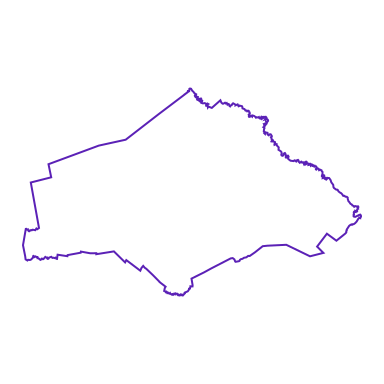 Tormac, Timis, Romania (Mercator projection)
{"feature_id": "2599482B36761723771512", "entity_name": "Tormac", "entity_type": "district", "adm_level": 2, "iso_a3": "ROU", "parent_name": "Romania", "parent_adm1": "Timis", "projection": "mercator", "projection_center": [21.482, 45.522], "detail": "fine", "context": "isolated", "style": "outline", "palette": "violet", "viewbox_px": 384, "rotation_deg": 0, "n_neighbors": 0, "source": "geoboundaries", "source_scale": "gbopen_adm2", "svg_char_len": 6037}
<svg xmlns="http://www.w3.org/2000/svg" viewBox="0 0 384 384"><path d="M323.4,252.9L317.1,246.6L326.9,233.7L336.4,240.7L345.0,233.8L346.0,232.8L346.4,232.0L346.2,231.2L346.8,230.3L346.7,229.6L349.2,225.8L350.7,224.7L351.9,224.8L352.2,224.2L352.8,224.4L353.8,224.1L355.1,223.2L356.6,221.6L358.4,218.6L359.1,218.0L360.2,218.2L360.2,217.8L361.0,216.7L360.9,215.4L360.2,214.6L358.8,215.1L358.6,215.7L357.8,215.6L355.4,216.8L354.1,216.7L353.6,216.2L353.8,215.7L353.5,215.0L354.0,214.4L353.8,213.0L354.0,212.7L353.8,212.2L354.0,211.8L355.2,212.0L355.0,211.2L355.1,210.8L356.5,211.6L357.0,211.5L357.2,211.2L356.9,210.2L357.1,209.8L357.3,209.6L357.3,209.3L358.1,208.8L357.6,207.8L358.4,207.0L358.2,206.6L358.0,206.3L357.0,206.5L355.4,206.1L354.2,206.8L353.7,205.9L352.4,205.5L351.9,204.6L350.5,203.8L349.1,201.8L348.5,201.3L347.7,198.8L347.7,197.6L346.8,196.8L345.4,196.7L344.4,195.8L343.4,195.9L342.9,195.6L342.6,194.8L341.2,193.2L340.3,192.8L338.5,191.4L337.7,189.9L337.1,189.6L336.3,189.7L334.0,188.0L333.5,187.2L333.2,184.8L331.3,182.3L330.6,180.1L329.2,178.1L327.0,177.8L326.8,178.0L326.8,179.1L326.2,179.6L325.8,179.2L325.4,177.9L325.2,177.7L324.7,177.7L324.3,178.4L323.6,177.6L322.7,178.0L322.8,177.2L323.8,176.7L324.3,176.0L324.2,175.4L323.4,175.1L322.7,175.3L322.4,176.2L321.9,176.2L321.9,175.5L322.5,174.0L322.5,171.9L321.7,171.1L321.5,170.3L320.2,169.7L319.1,170.2L318.7,168.9L318.1,168.5L317.2,168.5L316.4,169.6L315.9,169.4L315.8,169.1L316.2,168.7L316.7,167.3L315.8,166.2L314.3,166.7L314.1,166.4L314.2,165.7L312.8,165.9L312.8,164.9L312.0,164.5L310.8,165.7L310.5,164.9L310.6,164.0L310.1,163.7L308.9,164.9L308.4,165.0L308.5,163.8L308.0,163.4L307.0,163.5L306.0,164.2L305.9,163.6L306.7,162.2L306.6,161.8L306.1,161.6L304.9,162.4L304.5,164.3L304.2,164.6L304.0,164.2L304.0,162.9L303.7,162.3L302.2,162.7L301.7,161.8L301.3,161.6L299.8,162.8L298.9,161.9L298.5,160.4L298.0,159.9L296.9,160.3L296.5,161.5L296.3,161.6L294.8,160.3L294.2,160.5L293.7,161.1L290.5,160.7L288.3,159.0L288.0,158.2L288.6,156.7L288.1,155.7L287.5,155.7L287.0,156.0L286.8,157.6L285.8,157.5L285.7,157.1L286.0,155.5L285.3,153.5L284.9,153.0L284.3,153.2L283.6,154.2L283.6,155.0L283.2,155.5L282.3,155.8L281.5,155.3L281.3,154.6L281.7,153.2L281.4,152.0L280.7,151.2L278.5,149.8L278.7,147.4L276.8,145.4L276.6,144.1L275.7,144.2L274.5,144.8L274.4,144.2L275.1,142.7L275.0,142.1L273.5,141.6L273.1,140.6L272.6,140.8L272.0,141.5L271.5,141.4L272.1,140.2L272.2,139.6L271.6,139.2L271.4,138.0L270.9,137.2L271.8,136.6L271.8,136.0L270.8,134.4L270.0,134.2L268.7,135.3L267.6,134.4L266.9,134.7L267.7,133.9L267.5,132.8L265.5,132.4L265.2,132.7L265.0,133.9L264.2,133.1L264.8,132.3L264.6,131.7L263.8,131.4L264.0,129.4L264.5,128.1L263.4,127.2L264.3,126.5L264.2,125.5L264.9,125.8L265.7,124.7L264.3,123.8L264.7,123.6L266.0,123.8L266.7,123.5L266.7,122.8L266.2,122.1L266.0,121.3L267.4,121.8L268.1,120.8L268.0,120.1L267.3,119.2L266.4,118.9L265.5,119.2L266.5,118.1L266.5,117.6L265.8,116.8L265.1,116.8L264.1,117.7L263.7,116.9L263.2,116.9L262.5,118.4L261.8,118.9L261.7,118.6L262.0,117.0L261.4,116.7L260.1,118.6L259.3,118.1L258.9,117.0L257.9,117.5L256.7,117.2L256.0,117.7L255.4,116.9L254.2,116.0L252.5,115.4L252.1,115.5L252.0,116.6L250.8,115.7L249.8,116.9L249.0,116.8L248.8,116.2L249.1,115.3L248.7,114.7L249.8,113.4L249.6,112.3L248.7,111.6L248.7,110.9L248.2,110.7L247.1,111.3L246.6,110.5L245.5,110.6L244.5,109.1L242.5,108.4L242.3,106.8L242.0,106.2L239.2,105.5L238.9,105.7L238.9,106.2L238.6,106.3L237.6,104.4L235.6,105.3L235.7,104.8L233.1,103.3L231.3,105.1L231.4,105.3L230.5,105.6L230.1,106.4L229.5,106.0L228.8,104.1L228.0,103.9L227.4,104.5L226.7,103.0L225.8,103.5L225.0,102.7L223.3,103.7L222.6,103.7L221.3,102.5L220.4,100.3L211.8,107.9L208.5,106.6L207.9,107.4L207.6,105.1L207.2,105.0L206.4,105.8L206.2,105.8L206.1,105.3L206.4,105.0L208.2,104.0L207.4,103.5L206.2,104.0L204.8,103.1L202.9,103.4L201.2,102.8L201.2,102.2L202.1,101.3L202.2,100.8L201.6,100.6L200.1,101.5L199.6,101.1L201.2,99.7L201.4,99.2L201.0,98.5L199.1,98.9L197.9,100.0L197.2,99.7L196.9,98.9L197.8,97.7L197.9,97.0L197.0,96.7L195.6,97.1L194.8,95.8L195.1,95.1L196.0,95.0L196.2,94.3L194.4,93.2L193.5,91.9L192.2,90.7L191.1,88.8L190.0,88.5L189.4,88.8L189.2,91.1L187.9,91.0L187.5,92.3L186.4,93.1L186.5,93.1L159.0,113.9L125.7,139.7L98.8,145.6L48.5,164.2L51.2,177.3L30.8,182.5L39.0,228.0L37.3,229.2L36.4,228.5L35.3,230.2L32.7,229.7L31.8,230.3L31.1,230.0L29.1,231.3L28.6,231.0L28.6,230.2L27.5,229.8L27.6,229.4L26.9,229.5L26.2,228.8L25.8,228.9L23.0,245.2L25.2,256.3L25.6,259.4L27.4,260.5L28.1,259.8L30.0,260.0L31.3,259.4L33.2,257.2L33.1,256.2L33.4,255.9L34.0,256.2L34.3,257.1L35.6,256.4L36.4,257.0L37.4,257.0L37.5,258.2L38.3,258.2L40.4,259.9L40.9,259.7L41.7,258.6L42.1,258.6L42.8,259.2L43.4,259.1L45.3,256.9L46.2,257.5L47.1,257.5L47.2,258.5L47.8,258.9L48.4,258.7L49.1,257.6L51.3,256.8L52.4,257.9L53.4,257.7L54.5,258.1L55.6,257.6L56.2,258.1L56.4,258.8L57.0,258.9L57.6,254.7L67.4,256.2L67.6,255.1L80.7,252.7L80.9,251.6L90.4,253.3L96.3,253.2L96.3,254.2L113.9,251.4L125.1,262.4L126.3,260.1L140.3,270.7L141.5,267.9L143.2,265.9L144.7,267.7L146.3,268.8L152.9,275.1L159.6,281.9L159.6,282.1L165.6,286.7L164.8,288.0L164.2,290.9L164.8,291.0L165.8,292.2L166.5,291.7L166.9,292.3L167.7,292.3L168.1,292.7L167.8,293.2L168.9,293.3L169.3,293.6L170.0,293.0L170.4,293.8L171.2,294.3L172.0,294.1L172.3,294.8L172.6,294.7L172.4,294.3L172.8,294.1L173.5,294.6L174.1,293.7L175.1,294.3L175.3,293.9L175.2,293.4L175.5,293.3L176.7,293.9L177.1,293.8L177.3,294.4L178.2,294.3L179.0,294.7L178.6,295.3L179.6,295.5L180.6,295.2L180.8,294.6L181.4,295.0L181.8,294.5L182.1,294.6L182.4,295.4L182.8,295.5L184.5,293.7L184.4,293.3L185.0,293.1L185.0,292.5L187.8,291.3L189.0,289.5L189.0,288.7L189.6,288.2L190.0,288.3L190.0,287.9L190.4,287.2L190.4,286.3L192.5,286.4L192.6,285.2L191.5,278.6L204.0,272.4L211.3,268.4L230.7,258.4L232.7,258.1L234.4,259.4L235.2,261.5L235.6,261.8L238.9,261.2L239.5,260.9L239.9,259.9L240.8,259.2L242.5,258.8L243.9,257.8L246.4,257.3L248.2,255.9L249.7,256.0L255.0,252.3L262.7,246.2L267.5,245.7L286.3,244.8L310.0,256.3L323.4,252.9Z" fill="none" stroke="#5b21b6" stroke-width="2"/></svg>